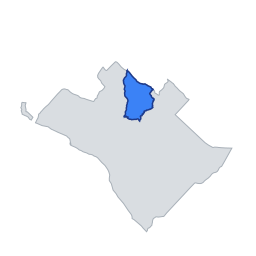 Lunda Sul highlighted on a map of Angola, rotated 313°
{"feature_id": "AGO-1875", "entity_name": "Lunda Sul", "entity_type": "Province", "adm_level": 1, "iso_a3": "AGO", "parent_name": "Angola", "parent_adm1": "", "projection": "equal_earth", "projection_center": [20.634, -9.903], "detail": "fine", "context": "in_parent", "style": "filled", "palette": "blue", "viewbox_px": 256, "rotation_deg": 313, "n_neighbors": 0, "source": "natural_earth", "source_scale": "10m", "svg_char_len": 7700}
<svg xmlns="http://www.w3.org/2000/svg" viewBox="0 0 256 256"><g transform="rotate(313 128 128)"><path d="M190.6,123.7L190.8,125.5L191.1,128.0L191.2,129.9L191.4,130.7L191.4,131.1L191.2,131.6L191.1,132.7L190.8,133.7L190.6,134.3L190.8,135.6L190.5,139.3L190.5,141.1L190.8,144.3L190.8,145.3L189.9,148.3L189.7,149.8L189.6,150.6L190.5,152.8L190.5,153.2L189.8,153.3L189.2,153.4L169.9,153.4L169.8,191.2L169.8,194.4L170.4,198.6L171.6,203.3L172.0,203.7L173.2,204.5L174.7,206.3L175.6,207.6L177.4,209.9L179.8,212.8L184.1,217.7L169.6,221.3L164.0,222.6L163.5,222.6L162.7,222.1L160.9,222.0L158.8,222.7L157.1,222.9L155.9,222.6L154.7,221.9L153.5,221.1L151.5,220.7L148.6,221.0L145.8,220.8L143.1,220.2L141.2,220.0L140.0,220.1L138.8,219.9L137.5,219.4L136.4,218.5L135.0,216.7L134.0,214.9L133.7,214.7L133.4,214.4L133.1,214.3L127.3,214.2L92.2,214.2L88.2,214.5L87.9,214.4L87.3,214.2L87.0,213.8L85.8,212.8L84.8,212.0L83.4,210.8L82.5,209.4L81.8,208.9L80.5,208.7L79.5,208.4L78.7,208.4L77.3,209.0L76.2,209.7L75.5,210.3L74.2,211.0L73.1,211.8L71.1,211.7L70.7,211.8L69.6,211.7L68.6,211.1L67.6,211.2L66.4,212.0L64.8,212.3L65.1,207.1L65.5,204.7L65.4,202.0L65.1,194.8L64.8,193.8L64.6,192.7L65.6,191.8L66.1,191.1L66.8,190.0L67.2,188.3L67.8,184.6L69.8,176.1L70.7,167.8L71.9,163.9L72.4,159.5L75.9,153.8L76.8,150.2L78.6,148.5L81.2,146.7L83.1,143.4L83.9,141.2L84.9,136.8L84.9,132.3L85.5,126.2L85.3,124.5L84.3,122.1L84.1,120.3L83.2,118.6L82.2,117.3L81.7,115.1L80.0,111.4L79.5,109.0L78.7,107.3L78.6,105.2L78.1,102.9L77.3,100.7L76.4,98.1L76.4,97.3L76.9,96.3L77.4,96.0L77.2,96.5L76.9,97.1L77.0,97.5L80.2,93.0L80.4,92.2L80.2,91.2L80.2,90.0L80.3,88.6L77.3,80.3L74.8,72.6L74.4,68.7L71.2,63.6L70.0,60.2L69.2,57.9L68.7,57.0L68.9,56.6L69.7,56.5L71.5,55.9L74.0,55.3L76.3,54.0L76.9,53.4L78.1,53.2L79.3,53.6L79.8,53.3L80.1,53.3L83.0,53.3L84.2,53.2L86.4,53.3L87.8,53.4L88.6,53.5L90.8,53.8L93.5,53.7L94.5,53.6L98.0,53.5L104.7,53.3L108.2,53.4L110.8,53.4L112.1,53.9L113.2,54.8L113.7,55.6L113.9,56.0L114.2,56.9L114.8,57.6L115.1,58.7L114.9,60.1L115.0,61.9L115.3,64.0L116.1,66.1L117.2,68.4L117.7,70.2L117.5,71.5L117.9,73.0L118.7,74.4L119.3,75.2L119.7,75.8L120.6,78.1L123.7,84.5L124.1,84.8L124.8,84.7L126.2,84.4L127.6,84.3L128.6,84.9L129.0,84.8L130.5,83.7L132.0,83.4L133.6,83.0L134.4,82.5L135.3,82.5L137.9,83.4L138.4,83.4L140.4,83.4L142.5,82.9L142.8,79.3L142.8,78.6L143.3,77.2L143.9,76.0L144.0,74.8L144.0,73.3L144.4,71.4L145.8,69.9L148.1,69.1L149.3,69.0L151.4,68.6L154.4,68.2L155.5,68.2L155.6,68.4L155.0,71.1L155.0,71.9L155.2,72.8L155.7,73.2L161.8,73.3L167.7,73.6L168.0,73.8L168.2,74.0L168.6,75.3L168.5,77.8L168.0,81.5L168.2,85.0L169.2,88.2L169.2,93.1L168.4,99.8L168.3,104.0L168.7,105.8L169.7,107.6L171.1,109.5L172.3,112.0L173.1,115.1L173.3,117.0L173.1,117.8L173.1,119.2L173.4,121.1L173.1,122.4L172.3,123.1L172.0,123.9L172.4,125.6L172.5,127.2L173.1,128.2L173.5,128.2L174.3,127.7L175.2,126.7L176.0,126.2L177.1,126.3L178.6,126.6L181.4,126.7L182.2,126.5L184.7,125.1L185.4,125.0L186.4,125.2L187.8,125.6L189.2,125.6L189.9,125.2L190.0,124.7L190.2,123.9L190.6,123.7ZM76.9,36.0L76.7,36.3L75.6,36.9L74.3,37.5L72.7,39.8L71.9,40.9L71.7,41.1L70.9,41.7L70.4,42.2L70.4,42.5L70.8,42.8L71.1,43.3L71.1,47.2L71.0,51.0L70.8,51.3L69.7,51.4L68.4,51.7L67.9,51.9L67.8,51.5L67.3,50.1L67.6,48.8L67.9,47.8L67.5,45.8L66.8,44.0L66.1,41.7L65.9,41.2L66.5,40.5L67.4,38.9L67.8,38.1L68.9,37.9L69.3,37.3L69.6,36.4L69.7,35.8L70.9,35.4L72.3,34.6L73.2,33.7L74.0,33.2L74.5,33.1L74.8,33.4L75.8,34.9L76.6,35.8L76.9,36.0Z" fill="#d9dde1" stroke="#a8b0b8" stroke-width="1"/><path d="M169.3,88.1L169.2,88.1L169.2,88.3L169.3,88.7L169.6,89.2L169.7,89.8L169.6,90.4L169.4,91.5L169.5,91.6L169.4,92.0L169.3,92.5L169.0,94.4L169.0,94.5L168.9,94.9L168.8,95.3L168.7,96.4L168.7,97.1L168.6,98.7L168.7,100.1L168.7,100.7L168.6,101.3L168.2,102.2L168.2,102.7L168.1,103.0L168.1,103.3L168.3,103.6L168.5,104.3L168.6,105.5L168.7,106.1L169.0,106.7L169.6,107.6L169.8,108.1L170.0,108.0L170.0,107.9L170.1,108.4L170.2,108.8L170.8,109.7L170.9,109.8L171.0,109.8L171.0,109.7L171.3,109.9L171.7,110.3L171.9,110.5L172.0,110.8L172.0,111.3L172.2,112.1L172.3,112.7L172.4,112.8L172.3,113.3L172.5,113.9L172.8,114.6L172.9,115.2L173.2,115.8L173.3,116.2L173.4,116.5L173.5,116.6L173.4,116.8L173.4,117.1L173.3,117.4L173.1,117.9L173.0,118.2L173.0,118.5L173.3,118.9L173.4,119.2L173.4,119.8L173.4,120.0L173.0,120.2L172.7,120.2L172.3,120.0L172.2,119.9L171.6,119.7L171.3,119.7L171.2,119.7L171.0,119.8L170.9,119.9L170.9,120.0L170.7,120.0L169.0,120.3L168.4,120.2L168.2,120.2L168.1,120.3L167.9,120.5L167.7,120.9L167.6,121.3L167.6,121.8L167.5,122.0L167.5,122.8L167.5,123.0L167.4,123.1L167.1,123.4L167.0,123.5L166.8,123.9L166.8,124.0L166.8,124.3L166.7,124.6L166.7,125.0L166.6,125.3L166.6,125.5L166.7,125.9L166.8,126.0L166.8,126.3L167.0,126.3L167.0,126.5L167.0,126.8L167.0,127.3L166.9,127.4L166.6,127.6L166.0,128.0L165.9,128.0L165.6,128.0L165.4,128.0L165.4,127.9L165.2,127.9L164.9,127.9L164.8,128.1L164.7,128.2L164.7,128.3L164.0,128.4L163.8,128.6L163.3,128.8L162.8,129.1L162.6,129.2L162.2,129.3L162.1,129.5L161.9,129.8L161.8,130.0L161.7,130.1L161.5,130.3L161.4,130.5L161.2,130.8L160.8,130.8L160.7,130.8L160.4,131.1L160.1,131.3L160.1,131.5L160.2,131.8L160.2,132.0L159.7,132.1L158.8,132.0L158.6,132.0L158.5,131.9L158.4,131.9L158.1,131.9L157.5,131.6L157.4,131.6L157.2,131.6L157.0,131.4L156.9,131.2L156.7,131.2L156.4,131.2L156.0,130.9L155.9,130.8L155.5,130.7L155.4,130.6L155.2,130.4L154.9,130.3L154.6,130.2L154.4,130.0L154.3,129.8L154.2,129.7L153.9,129.5L153.8,129.4L153.6,129.3L153.4,129.4L153.3,129.5L153.2,129.5L153.0,129.4L152.9,129.4L152.7,129.4L152.5,129.1L152.4,129.0L152.1,128.9L151.9,128.8L151.7,128.6L151.4,128.5L151.4,128.4L151.2,128.4L151.1,128.5L150.9,128.7L150.9,128.8L150.7,129.1L150.5,129.3L150.4,129.4L150.1,129.4L149.8,129.2L149.7,129.1L149.4,129.1L149.1,129.1L148.9,129.3L148.9,129.5L148.7,129.6L148.4,129.6L148.2,129.3L148.2,129.2L147.9,129.1L147.7,129.0L147.3,129.5L147.2,129.5L146.8,129.7L146.6,129.8L146.4,129.7L145.9,129.4L145.5,129.0L145.3,129.0L144.9,129.1L144.8,129.3L144.7,129.5L144.6,129.8L144.3,130.2L144.2,130.4L143.9,130.6L143.8,130.8L143.2,131.2L142.5,131.2L142.3,131.1L142.2,131.1L141.9,131.1L141.7,131.4L141.6,131.5L141.0,131.8L141.0,131.5L141.1,130.9L141.2,130.6L141.3,130.2L141.5,129.6L141.5,129.2L141.3,128.9L141.1,128.7L140.8,128.5L140.2,128.3L140.0,128.2L139.7,127.9L139.2,127.3L138.7,126.8L136.5,124.9L136.5,124.5L136.3,124.2L136.2,124.0L135.6,123.3L135.4,123.0L135.3,122.7L135.2,122.3L135.1,122.0L135.1,121.2L134.9,121.0L134.9,120.9L135.0,120.8L135.4,120.8L135.4,120.7L135.4,120.4L135.5,120.4L135.4,120.3L135.5,120.2L135.4,119.8L135.5,119.7L135.4,119.6L135.3,119.4L135.3,119.2L135.1,119.4L134.9,119.2L134.7,119.0L134.5,118.9L134.4,118.7L134.3,118.2L134.2,118.0L134.1,117.8L133.8,117.7L133.6,117.7L133.8,117.4L133.5,117.1L133.3,117.0L135.2,117.1L135.9,116.9L136.9,116.3L137.1,116.0L137.6,115.4L137.9,115.1L138.2,115.0L138.4,114.9L139.5,114.7L140.2,114.4L140.5,114.2L141.3,113.3L141.6,113.0L141.8,112.9L142.6,112.6L143.1,112.1L143.5,111.6L143.9,111.4L144.9,111.1L145.2,110.9L145.5,110.7L145.8,110.3L147.3,109.8L148.0,109.3L148.4,108.6L148.8,107.9L148.9,107.5L149.0,107.2L149.2,104.4L149.3,104.0L149.4,103.8L149.5,103.7L149.7,103.4L151.3,101.6L151.8,101.3L152.1,101.1L152.7,101.0L153.0,100.8L153.2,100.5L153.3,100.2L153.5,99.6L153.6,99.3L153.7,99.0L153.8,98.8L155.5,97.9L156.2,97.5L156.6,97.2L156.9,96.9L157.0,96.5L157.1,95.8L157.3,95.5L157.6,94.7L158.1,93.9L158.9,93.2L159.2,92.6L159.6,92.2L159.9,92.0L160.1,91.9L160.6,91.9L160.8,91.8L161.4,91.5L161.7,91.4L161.9,91.4L162.5,91.3L163.0,91.3L163.5,91.4L164.2,91.4L165.6,91.0L165.8,90.8L165.9,90.6L166.0,90.4L166.3,90.1L166.6,89.8L167.3,89.5L168.1,89.3L168.3,89.1L168.5,88.8L168.7,88.5L169.3,88.1L169.3,88.1Z" fill="#3b82f6" stroke="#1e3a8a" stroke-width="1.5"/></g></svg>